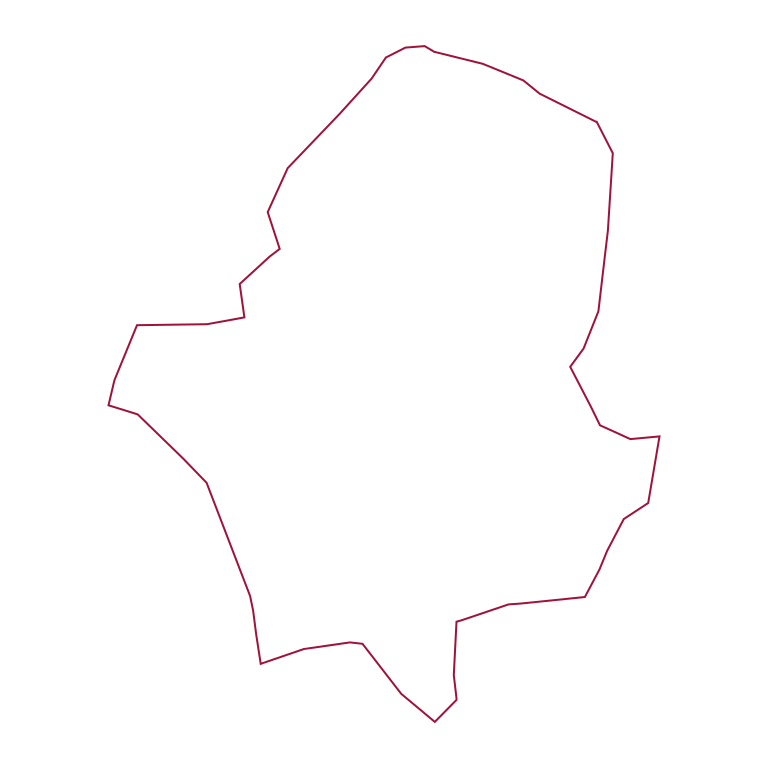 outline of Erdenedalai, Dundgovi, Mongolia
{"feature_id": "93677404B12047368339882", "entity_name": "Erdenedalai", "entity_type": "district", "adm_level": 2, "iso_a3": "MNG", "parent_name": "Mongolia", "parent_adm1": "Dundgovi", "projection": "mercator", "projection_center": [104.982, 46.023], "detail": "fine", "context": "isolated", "style": "outline", "palette": "rose", "viewbox_px": 768, "rotation_deg": 0, "n_neighbors": 0, "source": "geoboundaries", "source_scale": "gbopen_adm2", "svg_char_len": 791}
<svg xmlns="http://www.w3.org/2000/svg" viewBox="0 0 768 768"><path d="M596.8,122.0L596.7,122.1L539.7,93.7L523.3,80.4L482.7,63.8L434.2,51.8L424.7,46.1L405.4,47.6L385.9,57.5L371.6,78.6L339.4,114.1L287.7,168.1L267.7,212.1L279.7,248.9L269.6,256.6L239.7,284.0L244.4,317.4L207.0,324.2L137.0,325.2L114.4,380.3L108.5,405.3L137.7,414.4L183.2,458.6L206.6,482.8L250.1,596.0L253.1,610.5L256.2,634.5L260.7,663.8L303.9,649.0L350.0,642.4L362.5,643.8L401.2,693.8L434.8,721.9L456.5,699.9L456.5,698.4L453.8,675.1L456.5,621.7L461.2,620.4L508.5,604.4L520.1,603.6L584.9,597.0L599.5,569.4L607.2,550.7L623.8,519.0L648.2,503.0L659.5,436.4L630.4,439.1L600.0,425.3L590.9,406.7L570.2,366.8L583.6,348.5L598.4,311.3L604.2,261.7L607.9,230.5L612.8,153.2L596.8,122.0Z" fill="none" stroke="#9f1239" stroke-width="2"/></svg>